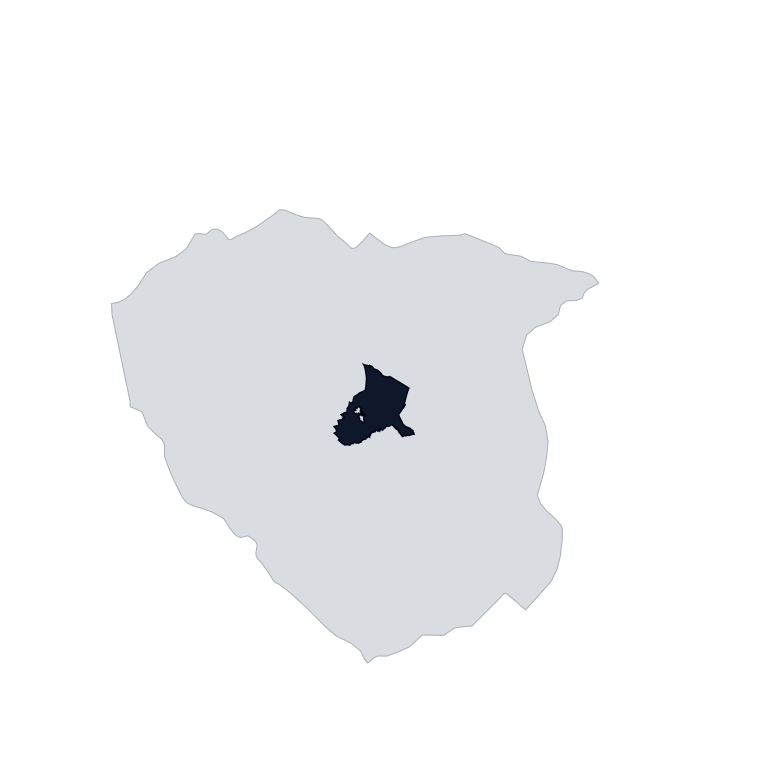 Kwekwe, Midlands, Zimbabwe (highlighted), rotated 132°
{"feature_id": "62879985B25079588336993", "entity_name": "Kwekwe", "entity_type": "district", "adm_level": 2, "iso_a3": "ZWE", "parent_name": "Zimbabwe", "parent_adm1": "Midlands", "projection": "equal_earth", "projection_center": [29.733, -18.821], "detail": "fine", "context": "in_parent", "style": "filled", "palette": "ink", "viewbox_px": 768, "rotation_deg": 132, "n_neighbors": 0, "source": "geoboundaries", "source_scale": "gbopen_adm2", "svg_char_len": 7867}
<svg xmlns="http://www.w3.org/2000/svg" viewBox="0 0 768 768"><g transform="rotate(132 384 384)"><path d="M506.4,640.4L501.3,636.2L494.4,633.4L485.6,632.1L474.2,632.6L460.1,635.0L445.0,632.1L428.9,624.1L415.5,621.3L399.5,624.7L398.8,624.8L396.0,622.1L391.6,616.2L384.3,615.2L382.4,613.8L380.7,611.6L379.7,608.9L379.2,605.8L380.4,596.1L379.8,595.0L377.8,593.8L373.8,592.7L364.2,588.3L352.1,584.0L332.4,579.4L324.8,578.2L323.0,576.7L320.8,573.2L316.9,562.1L313.4,554.7L304.8,543.4L303.5,539.8L303.9,530.8L304.5,523.6L305.3,517.4L304.9,511.6L304.7,504.4L305.0,499.6L303.8,497.5L300.8,496.0L292.0,495.4L281.4,495.7L281.0,488.3L279.9,477.0L277.9,470.5L275.5,467.1L270.6,463.6L260.7,458.7L247.2,451.4L235.6,440.4L222.4,426.9L218.2,424.5L213.3,411.7L205.7,389.9L206.1,382.6L204.9,379.0L197.7,368.3L196.0,362.7L194.7,357.0L183.1,341.3L179.1,334.4L176.1,325.5L173.0,318.5L170.5,315.6L167.2,310.8L164.9,305.3L163.8,301.2L164.6,295.7L165.7,291.9L176.7,295.8L182.6,296.2L187.3,294.2L193.1,296.8L200.1,304.0L207.6,305.3L215.7,300.9L226.7,302.3L240.6,309.4L252.1,310.8L265.7,304.5L277.8,286.9L289.2,270.4L300.4,251.4L307.1,236.0L317.1,223.5L330.2,213.8L343.6,205.6L364.1,195.6L368.2,187.4L369.5,178.3L369.5,165.8L370.6,157.7L372.7,154.0L376.1,151.1L380.5,147.3L394.0,137.8L405.4,131.7L419.2,127.7L434.3,127.6L448.9,127.6L457.2,127.6L457.3,139.6L457.9,153.2L459.5,154.5L470.5,154.8L488.1,155.8L505.0,156.7L515.8,166.6L519.4,168.7L530.7,171.3L545.0,187.7L562.2,189.2L574.1,194.4L584.5,200.0L590.5,206.8L594.4,208.3L599.7,208.8L602.2,209.4L601.6,214.3L598.1,222.5L598.5,234.3L603.2,250.6L603.7,264.8L602.1,289.8L602.0,314.0L602.5,322.6L603.2,328.3L604.2,331.4L604.0,335.0L601.1,345.1L598.7,355.8L598.6,360.1L597.7,363.1L595.9,365.7L588.4,370.6L587.1,373.7L587.1,379.2L588.0,383.8L590.8,385.5L594.2,388.1L595.5,391.6L595.5,395.2L594.4,402.0L591.3,413.2L594.2,426.0L597.5,434.3L602.1,444.0L604.0,449.9L603.8,454.2L603.1,458.3L596.1,475.9L591.0,486.8L584.8,498.5L576.7,505.8L574.6,509.3L573.8,513.3L574.0,522.1L573.6,531.2L566.6,545.3L570.8,557.4L569.8,558.5L567.5,560.2L557.5,573.8L547.4,587.6L540.1,597.6L531.7,609.0L522.3,621.8L514.3,632.7L506.4,640.4Z" fill="#d9dde1" stroke="#a8b0b8" stroke-width="1"/><path d="M383.2,412.0L383.6,410.9L385.4,407.9L388.5,404.1L391.5,400.7L398.6,395.2L401.5,393.7L407.7,396.4L409.2,396.4L413.4,397.7L416.1,396.4L419.2,394.5L419.6,395.7L420.5,395.3L420.7,397.4L423.0,395.8L425.5,395.1L426.7,395.0L426.6,394.7L428.3,393.9L430.3,391.9L431.0,393.8L435.5,395.3L435.4,390.8L435.6,390.6L436.2,390.7L436.2,391.1L436.6,391.4L437.0,391.4L437.1,391.6L437.3,391.1L437.7,391.5L438.2,391.3L438.3,391.4L438.5,391.3L439.3,391.9L439.5,392.0L440.3,392.3L440.3,392.6L440.5,393.0L441.0,393.0L441.9,393.7L444.7,389.8L449.1,392.7L449.2,392.3L449.1,391.8L449.2,391.2L449.3,390.6L449.8,389.1L449.7,388.7L449.8,388.4L449.8,387.9L450.7,388.0L450.9,387.4L451.7,387.4L451.8,387.1L452.1,387.2L452.5,387.6L453.6,387.9L454.1,388.6L453.7,386.3L454.0,382.9L454.2,380.2L455.3,380.4L456.1,380.4L456.1,376.2L455.6,372.4L455.2,372.1L454.6,372.1L454.5,371.3L454.2,371.3L453.8,370.8L453.6,370.8L453.1,370.4L452.8,369.9L453.0,369.7L452.7,369.3L452.6,368.7L452.4,368.6L452.1,368.6L451.6,368.3L451.2,368.2L450.9,368.5L450.9,368.9L450.3,369.1L450.2,369.0L450.0,368.9L449.7,368.7L449.6,368.4L449.4,368.1L449.2,367.3L448.9,367.5L448.7,367.3L448.0,367.0L447.8,367.2L447.5,367.0L447.2,367.1L446.6,366.1L446.6,365.5L446.5,365.3L446.2,364.9L445.2,363.9L445.1,363.6L444.8,363.2L444.3,363.2L443.6,362.8L443.0,362.8L442.8,362.4L442.4,362.5L442.0,362.3L441.3,362.7L440.9,362.5L440.5,362.6L440.3,362.3L440.2,362.2L439.9,362.3L438.6,362.6L438.4,362.3L438.5,361.9L438.3,361.6L438.0,361.4L437.6,361.6L437.4,361.4L437.3,360.9L436.8,360.7L436.5,360.9L436.3,361.1L436.1,361.6L435.5,361.9L435.4,361.7L435.3,361.2L435.0,360.6L434.8,360.5L434.1,360.6L433.9,360.5L433.4,360.1L433.2,359.4L433.1,359.6L432.7,359.6L431.9,360.3L431.6,360.0L431.5,359.9L431.1,360.4L430.9,360.4L430.7,360.1L430.3,360.5L430.3,361.0L430.2,361.2L429.7,361.1L429.6,360.6L429.4,360.5L429.1,360.6L428.4,361.1L428.3,360.6L428.1,360.5L427.9,360.6L427.7,360.1L427.2,359.9L426.9,359.7L426.7,359.8L426.5,360.2L426.3,360.2L426.3,359.9L426.2,359.6L426.0,359.2L425.6,358.7L425.2,358.8L425.1,359.4L424.9,359.5L424.7,359.5L424.5,359.2L424.0,358.9L423.5,359.0L423.4,358.8L423.2,357.9L423.3,357.4L423.2,357.2L422.8,356.8L422.5,357.1L422.1,357.0L422.1,356.7L421.9,356.5L421.8,356.2L421.9,355.7L421.1,355.9L420.8,356.2L420.4,356.8L420.0,356.8L419.6,356.6L419.5,355.6L419.5,354.7L419.3,354.1L418.7,354.1L418.0,354.5L417.5,354.1L417.3,354.1L417.0,354.3L416.2,354.1L415.8,353.7L415.6,353.6L415.4,353.7L414.9,354.4L414.6,354.6L414.3,354.3L414.1,354.4L413.9,354.3L413.3,353.3L412.9,353.2L412.6,352.7L411.7,351.8L411.3,351.6L410.8,351.6L410.5,351.7L410.3,352.1L409.4,351.9L409.3,351.7L409.3,351.0L408.9,349.8L408.8,348.4L408.8,347.9L409.2,347.3L409.3,346.8L409.1,345.7L409.3,344.8L408.9,344.4L409.1,343.9L408.8,342.2L409.0,341.6L409.6,341.4L409.6,340.5L409.8,340.2L410.0,340.1L409.9,339.5L409.9,338.6L410.5,336.5L410.6,335.7L410.5,334.9L410.2,334.7L409.5,334.9L409.2,334.7L408.9,334.8L408.6,334.5L408.4,333.7L408.1,333.3L406.2,332.0L405.4,330.9L405.2,330.9L404.6,330.4L404.2,330.4L402.9,329.4L402.2,329.3L401.9,328.8L401.3,328.1L401.1,328.6L400.7,328.8L400.8,329.2L400.5,329.3L400.7,329.8L400.6,330.0L400.4,330.0L400.0,330.5L399.9,331.0L399.4,331.1L399.6,331.8L399.4,332.3L399.4,332.8L399.7,333.3L399.6,333.8L399.7,334.1L399.4,334.4L399.4,334.5L399.9,335.3L400.0,335.5L399.9,336.0L400.0,336.2L400.2,337.0L400.7,337.8L400.8,337.9L400.8,338.2L401.1,338.3L400.9,338.9L401.3,339.6L401.1,340.2L401.3,340.6L401.0,341.0L401.3,341.5L401.2,342.8L401.4,343.1L401.0,343.5L401.0,343.8L400.8,343.9L400.7,344.1L400.4,344.6L400.4,345.1L400.1,345.4L399.9,346.0L399.7,346.3L399.7,346.6L399.5,346.8L399.4,347.7L399.5,347.8L399.4,348.2L399.1,348.4L399.0,348.5L398.8,348.7L398.7,348.9L398.8,349.6L398.3,350.1L398.2,350.5L398.2,351.3L398.1,351.5L397.9,351.5L397.7,351.4L397.5,351.6L397.5,351.9L397.5,352.3L397.1,352.6L396.9,352.6L396.7,353.0L396.3,353.1L395.7,352.9L395.0,352.9L394.7,353.0L394.2,353.3L393.9,353.2L393.7,353.3L393.4,353.2L393.2,353.2L392.9,353.1L392.3,353.4L392.0,353.3L391.2,353.7L390.8,353.5L390.3,353.8L389.6,353.7L389.4,353.8L388.8,353.6L385.2,354.3L385.0,355.8L378.0,359.4L373.6,361.6L370.4,362.7L372.6,374.6L372.7,374.8L372.8,375.3L374.5,384.4L374.6,384.7L375.2,385.2L375.7,385.3L376.0,385.1L376.4,385.3L376.7,385.3L376.8,385.5L376.6,386.1L376.6,386.5L377.0,386.7L377.2,387.0L377.6,388.1L378.1,388.6L378.2,389.3L378.6,390.1L378.5,390.5L378.8,390.7L378.9,391.2L379.0,391.4L378.9,391.7L378.6,391.8L378.6,392.2L378.3,392.6L378.2,393.2L378.5,393.5L378.3,394.0L378.0,394.4L378.0,395.7L378.1,395.9L378.0,396.2L378.3,397.0L378.0,397.5L378.2,397.8L378.3,398.3L378.2,398.5L378.9,399.4L378.9,400.3L379.2,400.7L379.9,402.1L379.1,403.3L379.0,404.0L379.2,404.5L379.1,405.3L379.2,405.6L379.6,406.1L379.9,406.7L379.9,407.2L380.7,407.3L381.0,407.9L381.3,408.8L381.5,409.0L382.0,409.3L382.0,410.0L382.1,410.3L382.8,411.0L383.1,411.5L383.2,412.0ZM420.5,380.1L419.9,382.0L422.1,382.1L422.7,383.4L424.8,383.3L424.7,383.8L424.3,384.8L425.6,385.6L424.9,388.3L424.1,388.4L423.4,388.0L423.2,388.5L422.7,388.1L422.6,387.9L422.7,387.6L422.3,387.4L422.1,388.5L420.4,389.4L420.1,387.8L417.5,388.3L417.3,386.4L417.7,386.3L417.5,384.4L419.9,383.7L419.9,383.3L419.3,382.7L419.3,382.3L419.2,382.0L419.3,380.6L419.2,380.5L419.2,379.7L420.5,380.1ZM425.0,372.9L426.0,372.9L426.0,373.3L426.3,373.5L426.7,373.6L426.8,375.5L427.1,378.4L426.9,378.4L425.9,379.0L425.1,381.0L424.3,381.3L422.2,380.6L422.3,379.6L421.9,379.8L421.8,379.3L421.6,379.2L421.7,378.7L421.6,378.4L419.5,377.7L419.4,377.6L420.2,377.2L420.3,376.9L419.7,376.8L419.6,376.4L419.2,376.2L422.1,376.9L424.3,375.0L424.4,374.4L424.5,374.2L424.8,374.0L425.0,373.7L425.0,372.9Z" fill="#0f172a" stroke="#020617" stroke-width="1.5"/></g></svg>